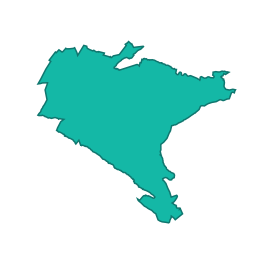 Acatzingo, Puebla, Mexico (Albers equal-area conic projection), rotated 102°
{"feature_id": "50627088B6514747486487", "entity_name": "Acatzingo", "entity_type": "district", "adm_level": 2, "iso_a3": "MEX", "parent_name": "Mexico", "parent_adm1": "Puebla", "projection": "albers", "projection_center": [-97.761, 19.03], "detail": "fine", "context": "isolated", "style": "filled", "palette": "teal", "viewbox_px": 256, "rotation_deg": 102, "n_neighbors": 0, "source": "geoboundaries", "source_scale": "gbopen_adm2", "svg_char_len": 5700}
<svg xmlns="http://www.w3.org/2000/svg" viewBox="0 0 256 256"><g transform="rotate(102 128 128)"><path d="M207.9,62.7L200.6,56.8L196.9,59.5L196.9,59.8L196.2,60.0L196.9,60.8L195.6,60.9L196.2,63.3L195.0,64.5L194.3,64.4L193.6,65.0L193.6,65.8L193.1,67.4L192.7,67.9L192.2,69.2L190.7,67.7L188.7,66.7L186.3,65.8L184.7,65.5L184.0,65.9L183.7,66.4L186.6,71.4L182.0,73.9L178.6,76.6L174.2,79.5L174.0,80.0L172.6,81.3L171.9,82.9L171.5,82.9L170.4,83.5L169.0,81.8L168.6,80.9L168.7,79.6L170.0,76.9L170.1,76.0L169.6,74.6L169.2,74.6L167.7,73.6L167.0,72.5L164.4,72.7L163.0,73.8L162.5,76.7L161.7,77.9L161.7,79.0L160.8,80.3L160.4,81.4L159.6,82.1L158.7,82.4L158.0,83.5L157.6,83.8L157.6,84.2L156.9,84.7L156.5,85.2L155.6,85.5L155.0,86.1L154.4,86.4L154.1,86.8L153.0,86.8L152.5,87.2L150.5,87.9L148.9,89.3L148.5,89.4L148.2,89.9L147.7,89.9L147.7,90.8L147.6,91.0L146.6,90.5L144.2,91.6L142.6,91.3L137.2,92.5L134.4,90.1L130.0,87.7L124.0,86.6L123.5,86.3L122.6,86.3L122.2,85.9L116.7,85.8L116.0,84.3L115.3,83.4L115.2,82.7L114.9,82.0L113.8,80.7L112.3,79.4L112.1,78.7L111.4,78.0L110.6,76.8L109.8,76.2L109.6,75.6L108.4,75.0L107.7,73.7L106.3,72.4L105.6,71.5L103.3,69.4L103.0,69.2L100.8,67.0L99.9,66.3L99.4,65.7L99.3,65.3L98.2,64.7L96.9,63.6L95.1,62.3L92.5,61.8L91.7,61.6L91.3,61.2L90.8,60.5L90.5,57.8L88.3,55.6L87.4,54.5L85.5,51.2L83.9,47.2L81.2,44.0L81.1,42.6L81.4,41.0L81.2,40.1L79.2,37.3L78.3,35.0L72.3,34.2L71.4,33.5L71.2,32.8L71.5,31.3L69.4,31.2L68.3,30.8L68.3,33.5L69.8,36.8L69.8,40.4L68.5,41.9L67.3,42.8L63.6,43.1L61.6,43.9L61.4,44.7L60.4,44.5L60.1,45.6L58.7,47.7L57.9,47.3L57.3,46.1L54.9,45.5L55.4,43.8L52.5,40.9L52.4,42.4L52.7,43.3L52.4,45.3L52.9,46.8L52.8,47.8L54.2,50.1L54.5,51.8L54.6,53.8L55.7,56.4L57.3,56.1L58.6,56.1L59.6,54.5L60.5,54.5L61.2,54.9L61.6,57.8L61.2,59.3L61.3,60.3L61.7,60.9L62.7,61.7L63.4,63.6L62.5,66.8L62.6,67.1L63.2,67.8L63.6,67.9L65.4,67.5L66.3,67.7L65.6,68.8L65.6,69.7L65.2,70.3L64.9,71.6L63.8,77.6L64.0,78.3L64.7,79.5L64.8,80.4L64.5,80.9L63.3,82.4L63.1,83.2L63.4,84.1L64.8,84.8L65.1,85.2L65.2,85.9L65.1,86.4L64.6,86.9L63.4,87.1L62.9,87.4L62.5,88.1L62.6,88.8L63.0,89.3L65.2,90.0L65.5,90.4L65.5,91.1L64.4,92.7L60.7,92.8L60.9,94.1L60.3,94.9L60.8,95.3L60.5,96.8L60.3,96.9L60.2,97.8L59.0,99.0L59.1,99.9L58.5,101.1L58.4,101.8L58.4,102.6L58.7,103.9L58.6,104.3L57.9,105.3L58.0,106.9L57.5,107.8L57.7,108.4L57.2,108.7L57.7,110.6L57.6,111.1L57.2,111.8L56.9,113.9L56.2,116.1L56.2,118.7L56.6,119.5L56.7,120.5L57.1,121.0L56.8,121.6L57.3,123.1L56.5,124.3L56.8,125.5L56.6,126.2L56.9,126.4L56.9,127.2L57.1,127.4L58.2,127.7L58.0,128.7L61.4,128.7L61.5,129.8L65.0,129.8L64.1,131.3L64.0,131.9L64.1,132.6L73.2,148.5L73.0,149.5L72.6,149.4L72.1,151.4L72.8,151.8L72.3,153.9L71.2,153.6L72.0,154.6L69.7,152.8L69.3,152.5L68.2,152.4L65.7,150.9L63.2,148.6L62.5,148.5L62.2,148.0L60.2,145.9L59.9,145.1L59.3,144.2L59.3,143.5L60.0,141.2L59.9,140.8L59.2,140.5L59.1,139.5L58.4,138.7L55.6,137.4L55.2,138.0L54.9,138.1L54.4,137.8L53.6,136.7L50.1,134.5L49.6,133.7L48.8,133.0L48.7,132.5L47.6,131.4L46.9,131.1L46.3,130.5L45.1,129.8L44.9,130.1L48.0,139.3L45.7,141.2L45.8,141.2L43.3,145.4L45.1,146.4L45.0,146.5L46.7,148.1L47.6,146.9L58.0,151.8L60.5,157.3L62.5,158.8L61.9,160.1L62.6,160.3L62.2,161.4L61.8,167.3L60.5,166.8L59.6,166.7L59.4,172.6L59.8,172.7L59.8,173.9L60.2,174.6L59.3,177.4L59.1,177.6L59.9,178.5L59.2,182.2L58.6,184.2L58.1,184.7L56.6,185.4L56.4,188.4L67.5,192.3L64.8,193.7L60.6,196.9L61.4,197.9L62.8,202.0L63.4,205.0L63.0,205.4L66.7,207.5L67.4,208.3L65.9,211.8L69.3,213.9L68.8,214.8L78.1,219.2L78.9,217.4L87.6,220.6L98.3,223.5L103.6,225.2L102.7,222.8L101.7,221.0L100.5,216.1L101.7,216.1L108.0,217.0L117.2,213.1L122.3,214.5L124.8,215.6L125.9,215.7L128.0,216.6L130.2,216.8L132.5,218.1L134.2,218.8L134.4,217.7L133.7,215.0L133.3,214.4L133.7,212.0L134.1,211.6L134.1,210.1L134.6,209.0L134.8,208.0L134.3,207.0L134.5,204.9L133.1,202.0L132.9,201.0L133.3,198.1L133.8,197.7L132.9,196.5L133.1,195.6L132.9,192.6L135.9,195.1L142.4,196.9L145.3,197.3L145.4,196.4L145.9,195.9L146.4,195.0L146.2,194.4L146.2,193.8L146.7,191.8L147.5,190.1L147.5,189.1L148.4,188.7L148.6,188.4L148.5,187.9L149.1,188.1L149.2,185.9L149.4,185.2L150.1,184.1L150.2,182.3L151.0,179.4L151.7,178.8L153.0,176.9L153.9,176.4L154.5,175.7L150.2,173.5L154.7,170.7L154.5,170.0L154.8,169.8L154.4,169.2L154.3,168.8L154.4,167.6L154.8,166.3L154.6,166.1L154.9,165.1L154.6,164.4L154.9,163.5L155.7,162.5L155.9,161.1L157.0,159.8L157.2,159.0L157.7,158.3L158.4,157.6L159.1,154.2L159.7,153.3L159.7,152.7L160.5,151.2L160.5,150.8L160.9,149.8L163.7,146.1L163.7,144.6L164.5,142.6L164.9,142.3L165.1,141.0L165.6,140.2L166.1,140.3L166.5,139.7L166.6,139.2L166.4,138.4L166.1,138.2L166.8,137.0L166.8,135.8L167.0,135.1L168.6,133.6L169.3,133.4L169.6,132.6L170.0,132.5L170.3,130.7L170.7,130.1L170.8,129.6L170.5,128.8L171.0,127.6L171.0,126.5L171.1,125.9L171.6,125.7L171.9,124.2L172.4,123.7L172.5,123.4L172.3,122.4L172.2,121.4L172.4,120.9L173.0,120.4L173.2,119.6L173.7,119.1L173.6,117.8L174.3,117.2L175.3,115.0L176.0,114.5L176.6,113.2L177.0,112.8L176.7,112.5L177.5,112.0L177.6,111.2L178.3,111.0L179.1,111.3L179.8,110.3L180.3,110.4L180.7,110.0L180.9,107.9L181.4,107.5L182.3,105.6L183.2,105.6L183.5,105.3L183.6,103.7L184.5,101.1L184.8,101.0L184.5,100.6L184.8,100.4L185.2,99.3L185.4,97.2L186.2,94.1L186.4,93.9L186.7,92.8L187.6,91.7L188.3,89.6L189.9,87.3L190.9,87.7L191.2,88.1L191.4,88.7L190.1,93.8L190.4,94.0L190.4,95.0L190.0,96.7L190.1,97.0L190.7,97.0L190.7,97.3L191.0,98.5L191.7,99.1L196.3,101.6L195.4,103.9L196.6,103.1L197.1,102.4L197.8,101.2L198.0,100.5L201.0,95.8L201.7,93.3L202.3,92.2L202.8,90.8L203.6,87.7L205.4,84.9L206.0,83.0L211.6,79.5L212.3,77.6L212.7,75.1L212.4,71.8L212.3,68.5L211.5,67.9L209.4,67.8L206.6,67.1L205.2,67.3L206.4,64.6L207.9,62.7Z" fill="#14b8a6" stroke="#0f766e" stroke-width="1.5"/></g></svg>